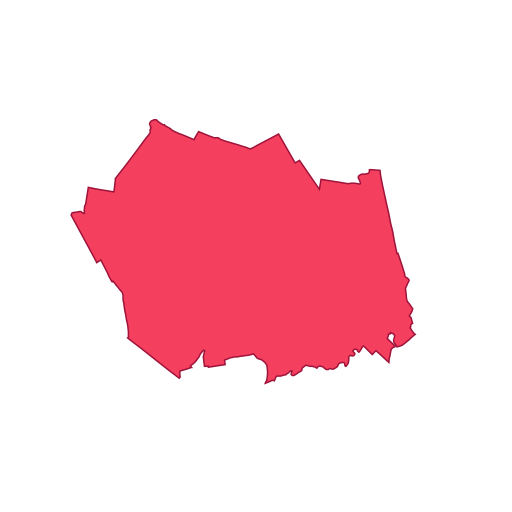 the district of Andrid, Satu Mare, Romania, rotated 41°
{"feature_id": "2599482B72200274127305", "entity_name": "Andrid", "entity_type": "district", "adm_level": 2, "iso_a3": "ROU", "parent_name": "Romania", "parent_adm1": "Satu Mare", "projection": "albers", "projection_center": [22.373, 47.533], "detail": "fine", "context": "isolated", "style": "filled", "palette": "rose", "viewbox_px": 512, "rotation_deg": 41, "n_neighbors": 0, "source": "geoboundaries", "source_scale": "gbopen_adm2", "svg_char_len": 6116}
<svg xmlns="http://www.w3.org/2000/svg" viewBox="0 0 512 512"><g transform="rotate(41 256 256)"><path d="M304.0,358.2L300.5,355.2L301.2,354.0L302.9,350.8L302.9,350.7L303.1,350.0L304.6,348.3L305.2,347.2L306.0,346.2L307.9,344.6L310.8,341.0L311.7,340.2L311.8,340.0L314.0,337.4L314.8,336.6L317.8,332.5L318.4,331.5L322.6,332.1L323.2,332.3L323.8,332.3L324.8,332.2L328.0,330.7L329.4,330.6L330.7,330.5L333.2,330.6L335.4,331.2L336.2,331.6L340.0,335.1L340.9,336.1L341.5,336.7L344.2,340.4L345.2,342.1L345.8,342.8L345.8,343.5L346.2,345.3L346.5,346.0L347.9,343.4L348.8,341.5L349.7,339.5L349.9,339.2L350.4,338.7L351.8,338.1L350.6,334.8L350.3,333.6L350.4,333.4L351.0,332.5L353.0,330.8L353.6,330.1L354.1,329.4L354.8,328.0L355.1,327.7L356.2,326.4L356.4,326.1L356.5,325.9L356.6,324.8L356.9,323.5L357.2,322.8L357.3,321.6L357.6,319.9L357.8,319.5L358.0,319.3L358.2,319.2L358.6,319.3L358.9,319.5L359.6,321.5L359.8,321.9L360.1,322.2L360.5,322.4L361.0,322.4L361.7,322.4L362.5,321.9L363.0,321.2L363.4,320.3L363.8,318.9L364.1,317.7L364.9,314.7L365.4,313.5L365.6,312.9L365.6,312.3L365.5,312.0L364.6,311.0L364.4,310.2L364.5,309.4L364.9,307.4L365.3,305.9L365.5,305.7L366.1,305.3L368.4,304.2L369.6,303.5L369.9,303.2L370.2,302.7L370.5,302.5L371.9,301.9L372.5,301.6L373.7,300.9L375.1,300.9L375.4,300.8L375.6,300.5L375.5,299.2L375.5,298.4L375.6,298.1L375.8,297.7L376.8,297.0L378.1,296.3L379.3,295.8L383.0,295.7L383.6,295.4L384.1,295.1L384.5,294.8L385.0,294.2L385.2,293.6L385.4,292.8L385.8,292.3L386.1,292.1L387.4,291.6L387.7,291.4L388.4,290.8L388.8,290.2L389.7,287.5L389.9,286.7L389.9,286.1L389.9,285.6L389.8,285.1L389.4,284.4L389.2,283.4L389.2,282.8L389.3,282.3L389.6,281.7L390.1,280.9L390.4,280.5L391.2,279.6L391.8,279.0L392.2,278.8L392.5,278.8L393.3,279.0L395.1,280.4L395.3,280.5L395.8,280.5L396.2,280.4L396.3,280.1L396.2,278.0L396.0,276.7L395.7,275.9L394.9,274.7L394.3,273.6L393.3,272.5L393.0,272.3L392.6,271.8L392.2,271.0L392.2,270.7L392.2,269.9L392.4,269.5L392.5,269.1L392.8,268.9L394.0,268.4L394.4,268.1L394.6,267.9L395.0,267.4L395.1,267.0L395.2,266.7L395.1,265.7L394.9,265.1L394.3,264.6L392.1,264.4L391.6,264.3L391.4,264.1L391.3,263.6L391.3,263.2L391.4,262.5L391.8,261.7L392.1,261.2L392.4,260.9L393.0,260.6L393.4,260.4L393.8,260.4L394.2,260.6L394.8,261.0L395.1,261.1L396.7,261.1L396.9,260.4L396.4,257.0L395.9,254.5L395.9,254.2L396.0,253.9L396.1,253.7L396.3,253.5L396.7,253.4L399.5,253.5L403.7,253.8L408.4,254.1L408.6,249.3L408.7,248.8L414.6,248.8L426.1,249.2L424.0,246.2L422.3,243.0L421.9,242.4L419.2,237.7L419.5,235.0L419.7,234.8L420.0,234.1L420.4,233.3L420.4,233.1L420.1,232.8L409.0,232.1L408.8,231.0L408.5,230.1L408.2,229.4L407.7,228.8L407.2,228.1L408.3,227.0L408.3,226.8L408.2,226.4L407.7,225.6L408.1,225.4L409.6,225.2L410.5,224.5L410.9,224.5L411.2,224.6L413.3,225.3L413.7,225.3L413.2,225.5L413.9,226.9L414.9,229.0L415.3,229.5L416.8,230.7L417.2,230.8L419.6,231.2L421.6,231.9L422.1,232.1L423.7,229.6L424.6,228.0L424.9,227.2L425.3,225.5L426.6,218.2L426.6,216.9L427.1,213.2L427.2,212.0L427.6,210.7L426.3,210.7L425.1,210.6L422.9,210.1L421.4,209.7L420.4,209.3L419.9,209.2L419.4,209.2L419.4,208.6L419.1,207.8L418.5,207.1L418.2,206.7L418.0,206.2L417.9,205.8L418.0,205.2L418.2,204.6L418.4,204.1L413.4,200.8L412.7,200.7L411.0,200.8L410.5,197.6L410.0,195.6L409.5,194.3L408.9,193.0L403.4,191.6L402.4,191.4L401.0,191.2L400.1,191.0L399.3,190.6L398.4,190.1L397.7,189.5L389.8,182.1L389.5,180.6L389.1,179.2L388.8,178.2L388.3,176.8L387.9,174.7L387.6,174.1L386.8,173.5L386.0,173.4L384.6,173.4L382.6,173.8L382.0,173.7L381.6,173.5L381.2,173.3L380.2,172.2L372.5,167.4L361.4,160.8L360.8,161.7L349.9,153.4L342.9,147.7L335.9,142.8L327.5,136.2L322.6,132.7L317.1,128.6L305.7,120.1L297.7,113.9L293.4,110.0L285.5,115.9L285.0,116.5L286.7,118.8L286.4,120.1L285.0,122.2L284.3,122.8L282.1,124.8L281.5,126.2L281.2,127.1L281.0,127.9L281.1,128.7L281.7,129.7L282.0,130.0L282.9,130.4L284.6,131.0L287.1,132.6L287.3,132.8L287.2,133.6L286.9,133.9L285.4,134.6L283.4,135.9L281.5,137.3L279.4,139.3L279.2,139.7L279.0,140.1L277.9,141.1L254.8,155.5L260.1,164.1L226.1,155.3L224.5,160.0L224.2,160.0L193.0,149.1L188.3,161.5L187.6,162.8L187.4,163.9L184.9,170.1L184.4,171.3L184.3,171.7L182.7,176.2L181.3,179.2L180.4,179.4L178.3,180.1L167.9,184.6L158.8,188.8L157.1,189.6L152.9,191.2L152.2,191.4L151.0,191.3L150.2,191.5L149.8,191.7L149.4,191.9L148.7,192.5L147.3,193.9L146.9,194.2L146.4,194.4L145.2,194.8L143.3,195.6L131.7,199.6L131.2,199.6L131.2,200.6L132.1,205.6L132.5,207.5L133.0,208.8L119.4,213.3L118.8,213.7L115.3,214.8L112.1,215.7L108.6,216.3L108.4,216.1L108.1,216.0L101.8,217.3L101.7,217.2L100.7,217.0L100.2,217.9L95.3,218.6L93.9,218.7L93.2,218.7L92.1,218.5L91.2,218.7L90.1,219.7L89.7,220.1L89.4,220.7L88.6,222.3L88.4,222.9L88.4,223.8L88.4,224.1L88.7,225.6L89.1,226.2L89.4,226.4L90.1,226.8L90.9,227.0L91.7,227.8L92.0,227.6L92.9,228.6L93.2,229.7L93.3,230.5L94.6,231.4L95.4,233.3L95.8,241.7L96.8,253.9L98.0,270.7L98.3,276.0L98.9,287.6L99.1,290.1L99.5,290.2L106.7,300.8L95.8,307.6L90.8,310.6L84.4,314.2L93.6,328.9L93.6,330.0L94.1,331.0L96.7,334.6L98.6,336.4L98.0,336.9L96.0,337.3L94.8,337.3L94.0,337.8L93.1,338.9L92.5,339.8L91.9,340.4L91.5,341.0L89.8,342.7L88.9,344.1L89.5,346.2L89.6,346.4L91.5,347.1L91.8,347.2L96.0,348.8L135.7,363.7L140.2,365.5L140.3,364.9L140.5,364.1L141.4,361.5L141.5,360.8L153.8,365.7L155.8,366.6L158.2,367.8L164.0,369.9L164.5,369.8L164.5,368.8L165.0,368.9L168.2,369.4L169.5,369.6L169.9,369.7L169.8,369.8L170.3,369.9L172.3,370.1L175.0,370.7L177.6,371.1L178.6,371.1L179.5,371.6L180.5,372.3L181.5,372.9L182.0,373.5L183.8,375.6L184.3,376.1L184.9,376.5L185.8,377.5L186.8,377.9L187.4,378.6L192.1,382.7L194.1,384.3L196.2,385.8L200.2,389.2L203.5,391.6L205.7,393.4L206.9,394.6L207.7,395.3L208.5,396.0L210.5,398.1L210.8,398.5L212.7,400.7L213.0,401.3L213.1,401.6L212.9,402.0L215.4,402.0L227.7,401.2L264.3,399.5L278.3,398.6L278.2,397.3L278.0,396.9L277.4,396.4L276.2,395.3L274.0,392.8L277.8,386.9L280.3,382.6L280.5,382.4L278.7,382.1L278.9,380.5L279.4,378.0L279.6,375.2L279.2,369.9L278.9,368.6L278.3,366.7L278.2,362.9L278.3,361.4L279.6,361.2L279.7,361.7L282.4,366.7L289.5,373.1L292.1,370.5L293.0,371.2L304.0,358.2Z" fill="#f43f5e" stroke="#9f1239" stroke-width="1.5"/></g></svg>